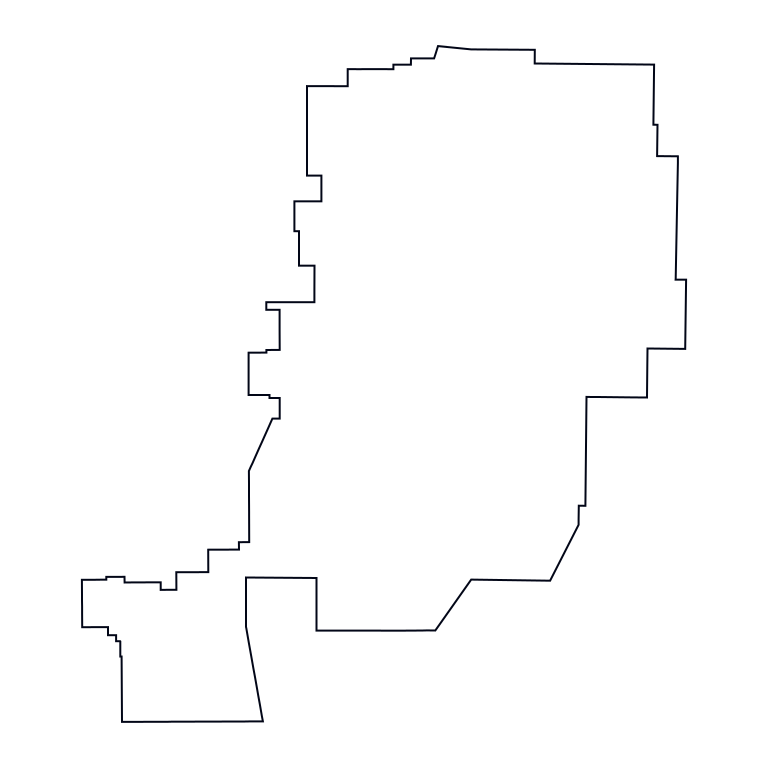 the district of Sandstone, Western Australia, Australia
{"feature_id": "25037944B59235958721533", "entity_name": "Sandstone", "entity_type": "district", "adm_level": 2, "iso_a3": "AUS", "parent_name": "Australia", "parent_adm1": "Western Australia", "projection": "albers", "projection_center": [118.667, -28.422], "detail": "fine", "context": "isolated", "style": "outline", "palette": "ink", "viewbox_px": 768, "rotation_deg": 0, "n_neighbors": 0, "source": "geoboundaries", "source_scale": "gbopen_adm2", "svg_char_len": 2900}
<svg xmlns="http://www.w3.org/2000/svg" viewBox="0 0 768 768"><path d="M294.4,201.3L294.4,231.2L299.0,231.2L299.0,265.7L304.9,265.7L314.5,265.7L314.4,290.7L314.4,302.2L266.3,302.2L266.3,309.8L279.6,309.8L279.6,319.1L279.6,327.7L279.6,330.2L279.7,349.9L266.4,350.0L266.4,352.6L248.6,352.7L248.6,360.6L248.6,395.0L269.5,395.0L269.5,398.0L279.7,398.0L279.7,418.6L272.4,418.6L269.6,424.9L268.5,427.4L264.1,437.2L262.1,441.7L259.0,448.5L255.0,457.5L252.5,463.2L250.9,466.5L248.9,471.0L249.0,483.4L249.0,495.8L249.1,511.8L249.1,514.3L249.2,542.1L238.9,542.2L239.0,549.6L208.2,549.7L208.3,572.1L203.5,572.1L196.8,572.2L186.5,572.2L176.3,572.2L176.4,589.8L168.2,589.8L160.7,589.9L160.7,582.3L152.5,582.3L142.2,582.4L134.0,582.4L124.6,582.5L124.5,576.8L118.2,576.9L117.4,576.9L111.8,576.9L106.3,576.9L106.3,579.7L100.0,579.7L93.6,579.8L88.1,579.8L81.9,579.8L82.0,594.2L82.0,600.4L82.1,606.6L82.1,613.7L82.2,627.2L108.0,627.1L108.0,635.2L116.1,635.2L116.1,641.2L120.1,641.2L120.3,641.4L120.3,643.5L120.3,647.6L120.3,649.6L120.3,653.8L120.3,656.5L121.6,656.5L122.0,721.9L125.8,721.9L128.3,721.9L130.8,721.9L134.5,721.9L138.3,721.9L140.8,721.9L144.6,721.8L147.1,721.8L152.1,721.8L155.9,721.8L158.4,721.8L162.2,721.8L164.7,721.8L167.2,721.8L171.0,721.7L173.5,721.7L177.2,721.7L179.8,721.7L183.5,721.7L186.0,721.7L189.8,721.7L192.3,721.7L196.1,721.6L199.9,721.6L202.4,721.6L206.1,721.6L208.7,721.6L213.7,721.6L217.5,721.6L220.0,721.6L225.0,721.5L230.1,721.5L235.1,721.5L240.2,721.5L245.2,721.5L250.3,721.4L254.0,721.4L259.1,721.4L262.9,721.4L261.9,716.2L260.0,705.2L258.2,695.3L257.2,689.5L255.1,677.6L253.3,667.9L251.6,658.2L248.8,642.6L246.3,628.2L246.0,626.9L246.0,601.0L246.0,594.0L246.0,583.4L246.0,577.5L259.8,577.6L316.5,578.0L316.5,612.3L316.5,630.6L319.9,630.6L325.7,630.6L328.1,630.6L330.4,630.6L333.8,630.6L336.2,630.6L337.3,630.6L339.6,630.6L341.9,630.6L345.4,630.6L351.2,630.6L354.7,630.6L357.0,630.6L361.6,630.6L362.8,630.6L365.1,630.6L367.4,630.6L370.9,630.6L375.5,630.6L380.1,630.6L382.5,630.7L387.1,630.7L392.9,630.7L400.1,630.7L405.0,630.7L406.2,630.6L408.6,630.6L413.5,630.6L416.0,630.6L417.2,630.5L418.4,630.5L423.3,630.5L427.0,630.4L435.3,630.5L471.2,579.6L550.1,580.7L578.6,524.8L578.6,519.6L578.8,505.7L585.4,505.8L586.5,396.9L591.5,397.0L597.9,397.0L632.9,397.4L647.0,397.5L647.0,396.8L647.3,366.3L647.5,348.5L685.2,348.9L686.1,279.7L685.9,279.7L681.8,279.7L679.7,279.7L675.6,279.7L675.7,278.5L677.3,193.4L677.9,163.0L677.9,156.3L657.1,156.1L657.5,124.8L653.4,124.7L654.1,64.6L534.7,63.5L534.8,49.8L471.2,49.4L438.0,46.1L435.6,53.8L434.1,58.4L411.0,58.4L410.9,64.7L393.4,64.7L393.4,66.7L393.4,68.6L393.4,69.2L391.3,69.2L379.6,69.1L368.6,69.1L367.4,69.1L366.2,69.1L363.0,69.1L360.8,69.2L357.4,69.2L354.0,69.1L348.3,69.1L347.7,69.1L347.7,86.2L307.0,86.1L307.0,99.7L307.0,105.9L307.0,136.1L307.0,175.6L321.4,175.6L321.4,201.3L294.4,201.3Z" fill="none" stroke="#020617" stroke-width="2"/></svg>